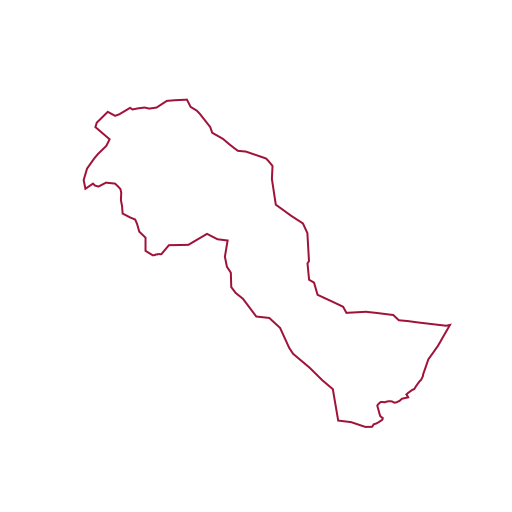 outline of U'yench, Hovd, Mongolia, rotated 302°
{"feature_id": "93677404B15711352976566", "entity_name": "U'yench", "entity_type": "district", "adm_level": 2, "iso_a3": "MNG", "parent_name": "Mongolia", "parent_adm1": "Hovd", "projection": "albers", "projection_center": [91.693, 45.879], "detail": "fine", "context": "isolated", "style": "outline", "palette": "rose", "viewbox_px": 512, "rotation_deg": 302, "n_neighbors": 0, "source": "geoboundaries", "source_scale": "gbopen_adm2", "svg_char_len": 2444}
<svg xmlns="http://www.w3.org/2000/svg" viewBox="0 0 512 512"><g transform="rotate(302 256 256)"><path d="M352.0,114.6L345.3,104.9L340.3,98.2L336.3,96.3L329.6,93.2L329.0,92.8L324.4,87.3L322.9,82.9L318.6,77.6L314.8,73.6L314.9,70.7L303.6,64.9L300.2,62.2L299.7,53.9L284.7,50.3L280.2,51.5L277.4,70.0L270.0,70.7L258.8,67.9L252.8,67.1L240.6,66.4L229.1,69.6L222.6,75.7L231.0,79.4L230.4,82.1L231.4,85.6L238.7,89.9L242.7,98.1L241.8,102.5L240.9,105.6L238.2,108.2L231.7,111.9L227.3,116.0L221.3,120.4L222.0,128.9L222.9,134.2L220.2,138.1L214.8,144.1L213.0,152.6L201.8,159.6L201.9,168.1L202.1,168.4L202.5,168.8L202.8,169.3L203.2,169.8L203.9,170.0L204.4,170.5L204.8,171.2L205.0,171.5L205.5,171.7L205.8,172.1L206.2,172.7L206.6,173.4L206.7,173.9L207.5,174.8L219.0,176.4L229.6,192.7L248.8,202.7L249.8,214.5L254.1,223.7L238.9,230.0L231.5,237.0L228.5,243.5L216.5,251.5L213.9,258.3L212.8,267.6L204.8,288.3L210.5,300.1L207.8,314.5L195.7,332.8L192.7,339.3L189.7,360.6L185.7,378.4L183.8,391.7L160.0,412.9L165.5,424.7L169.0,439.3L172.1,444.1L172.8,445.0L173.6,445.0L174.8,445.0L175.6,445.0L176.7,445.9L176.9,446.1L177.4,446.5L177.7,446.8L180.3,448.2L180.7,448.4L183.7,449.7L183.8,449.8L184.7,449.8L185.7,449.4L185.7,448.8L185.8,448.5L185.8,448.1L186.0,446.5L186.1,446.2L187.5,444.5L188.5,443.4L189.5,442.4L193.3,438.2L194.2,438.1L194.5,438.1L195.4,438.3L197.7,438.9L198.2,439.1L198.9,440.1L199.1,440.3L199.4,441.1L200.1,442.5L200.2,442.8L200.7,443.1L200.9,443.3L202.2,444.4L202.6,444.9L203.3,445.8L203.8,446.5L204.0,446.9L204.6,448.1L204.8,449.1L204.9,451.0L206.1,452.5L208.9,454.3L209.1,454.4L209.1,454.5L212.3,455.4L212.5,455.7L213.3,456.4L216.8,460.0L216.9,459.9L217.8,458.1L218.3,456.9L220.7,457.6L225.6,459.6L226.0,460.0L226.8,460.7L228.8,460.7L230.5,460.7L236.5,461.1L238.3,461.6L239.0,461.6L242.6,461.2L244.0,460.5L251.5,458.8L258.0,457.3L259.9,456.9L267.0,457.4L270.6,457.6L271.1,457.6L272.6,457.7L275.9,457.9L279.2,457.8L279.9,457.8L284.2,457.6L288.8,457.4L292.6,457.3L300.3,457.0L297.6,454.2L285.3,428.2L281.3,419.3L277.2,411.2L278.7,403.7L271.5,388.2L266.9,378.7L255.7,362.8L259.1,356.8L257.7,344.6L255.7,328.8L264.2,319.3L264.0,313.6L277.0,303.6L279.8,303.6L302.7,287.4L308.5,278.5L308.7,265.1L310.0,245.6L329.7,228.7L341.1,222.3L343.3,215.8L344.0,212.8L339.2,192.1L335.6,184.9L335.9,180.9L336.6,174.2L337.8,166.0L337.3,153.6L341.1,148.8L345.9,135.5L346.9,132.7L347.9,128.7L347.8,121.5L352.0,114.6Z" fill="none" stroke="#9f1239" stroke-width="2"/></g></svg>